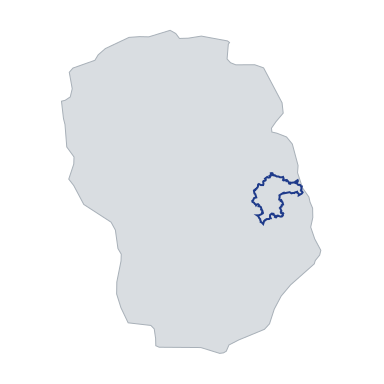 Kumanovo, Staro Nagoričane, North Macedonia (highlighted), rotated 87°
{"feature_id": "65306769B55307449205038", "entity_name": "Kumanovo", "entity_type": "district", "adm_level": 2, "iso_a3": "MKD", "parent_name": "North Macedonia", "parent_adm1": "Staro Nagoričane", "projection": "equal_earth", "projection_center": [21.797, 42.114], "detail": "fine", "context": "in_parent", "style": "outline", "palette": "blue", "viewbox_px": 384, "rotation_deg": 87, "n_neighbors": 0, "source": "geoboundaries", "source_scale": "gbopen_adm2", "svg_char_len": 3480}
<svg xmlns="http://www.w3.org/2000/svg" viewBox="0 0 384 384"><g transform="rotate(87 192 192)"><path d="M171.3,84.7L178.3,85.6L193.7,81.4L203.2,75.5L208.1,74.7L214.5,72.4L223.8,72.7L233.3,75.3L245.3,71.9L257.0,66.4L261.7,67.8L266.9,72.5L270.2,73.7L289.9,98.4L300.6,108.4L313.3,116.0L327.7,121.5L332.9,126.8L342.2,153.1L346.7,163.1L352.8,166.1L354.3,169.0L354.6,172.8L347.8,191.3L345.3,232.9L343.6,236.2L336.3,236.0L326.7,236.9L323.1,240.1L319.3,262.6L303.9,269.0L289.9,272.6L278.0,271.8L257.2,266.5L250.4,265.9L244.6,268.9L226.0,270.5L217.9,274.4L198.8,300.7L179.3,309.8L172.7,314.4L157.9,308.6L150.8,308.0L140.5,314.7L118.0,315.3L111.9,316.5L94.5,317.6L93.8,313.9L90.7,308.6L82.6,306.2L66.0,308.3L62.0,304.4L55.4,282.1L50.1,278.5L44.2,271.0L34.3,246.8L34.1,236.2L34.8,227.0L29.4,205.4L32.9,199.9L38.0,196.5L38.2,187.7L36.8,174.5L43.0,148.6L44.7,146.7L46.3,148.0L61.0,150.0L64.9,146.8L67.3,141.6L68.2,122.7L71.8,114.0L107.6,97.4L118.0,96.8L126.1,104.4L132.4,109.3L136.3,109.1L137.7,104.2L142.0,94.7L149.4,89.3L171.1,84.7L171.3,84.7Z" fill="#d9dde1" stroke="#a8b0b8" stroke-width="1"/><path d="M227.7,122.6L224.7,121.5L224.5,120.9L224.0,120.7L223.9,120.0L223.0,119.1L223.0,116.4L222.3,115.7L222.3,114.8L220.8,115.4L219.0,115.2L217.7,113.5L217.9,112.5L218.4,113.1L219.3,111.2L220.1,110.3L221.2,110.6L221.6,110.1L221.7,109.2L220.2,108.4L220.1,107.9L220.5,107.9L220.4,106.9L221.2,104.9L221.2,103.7L220.5,103.3L220.6,102.9L219.9,102.4L219.4,102.6L218.6,102.3L218.3,102.0L217.8,102.3L217.9,103.4L217.6,104.1L217.1,104.0L216.6,104.4L215.6,103.7L212.9,104.8L212.6,104.6L212.4,104.9L211.0,103.6L211.0,103.2L209.8,103.1L209.3,101.7L206.9,102.2L206.4,102.8L205.3,103.0L204.8,103.3L205.2,103.9L204.8,103.9L204.1,105.3L201.5,104.7L199.9,104.9L198.5,102.4L198.3,101.3L197.9,101.3L197.5,100.2L198.1,99.9L197.3,94.5L198.5,92.8L198.2,91.0L198.4,89.9L197.9,89.4L197.3,87.0L198.3,86.9L198.7,86.1L199.6,85.4L200.9,85.6L199.4,82.6L198.3,81.6L198.1,81.7L197.7,81.8L197.3,82.0L197.2,82.2L196.9,82.6L196.8,82.8L196.4,83.0L195.9,83.2L195.6,82.9L195.3,82.8L195.2,82.6L194.9,82.5L194.4,82.5L193.6,82.6L192.8,82.3L192.2,82.1L192.0,82.7L191.5,83.2L190.6,83.7L190.5,84.0L190.4,84.8L190.5,85.4L190.2,85.8L190.1,86.0L189.9,86.1L188.9,86.8L188.4,86.9L187.9,86.9L187.6,86.2L187.2,86.0L186.6,85.7L186.3,85.7L186.1,85.8L185.7,85.9L187.1,88.3L188.3,88.5L187.8,89.6L188.0,92.4L187.7,93.4L187.8,93.8L188.9,93.7L188.8,94.2L188.2,94.2L188.2,94.7L186.9,95.1L185.2,96.5L185.8,97.2L185.0,97.5L185.2,100.1L184.8,100.5L183.2,99.8L181.7,100.3L182.0,101.2L181.9,103.3L181.1,104.7L180.9,106.7L179.7,108.3L179.9,108.7L179.5,110.2L179.1,110.0L178.9,110.5L177.7,110.5L177.3,111.1L177.4,112.3L178.3,112.2L179.1,112.7L179.7,112.5L180.0,113.4L180.4,113.0L181.5,113.6L181.6,115.2L180.9,116.1L182.5,118.4L183.6,117.7L184.2,117.9L184.7,118.9L184.7,119.9L185.5,120.4L187.6,120.2L188.8,120.6L188.7,122.9L187.5,124.8L188.0,125.6L190.1,125.9L191.1,126.5L191.3,127.0L192.2,127.5L192.3,128.3L193.4,128.7L193.3,129.6L193.9,130.1L196.8,129.7L197.5,128.9L200.8,128.1L201.3,130.3L203.3,131.3L204.1,132.3L205.1,132.1L205.8,130.8L207.4,129.7L207.7,129.0L208.6,128.7L207.9,128.1L207.6,126.7L208.7,125.7L209.7,126.2L209.9,125.1L210.7,124.0L212.3,123.6L213.1,123.9L213.3,123.3L214.4,122.7L215.7,123.0L216.0,122.3L216.5,122.3L216.9,123.0L217.2,122.8L217.4,123.2L218.2,124.7L218.8,126.8L218.7,128.3L219.6,127.1L221.8,126.1L222.7,125.3L223.7,125.3L224.9,124.8L225.5,125.0L226.4,123.6L227.7,122.6Z" fill="none" stroke="#1e3a8a" stroke-width="2"/></g></svg>